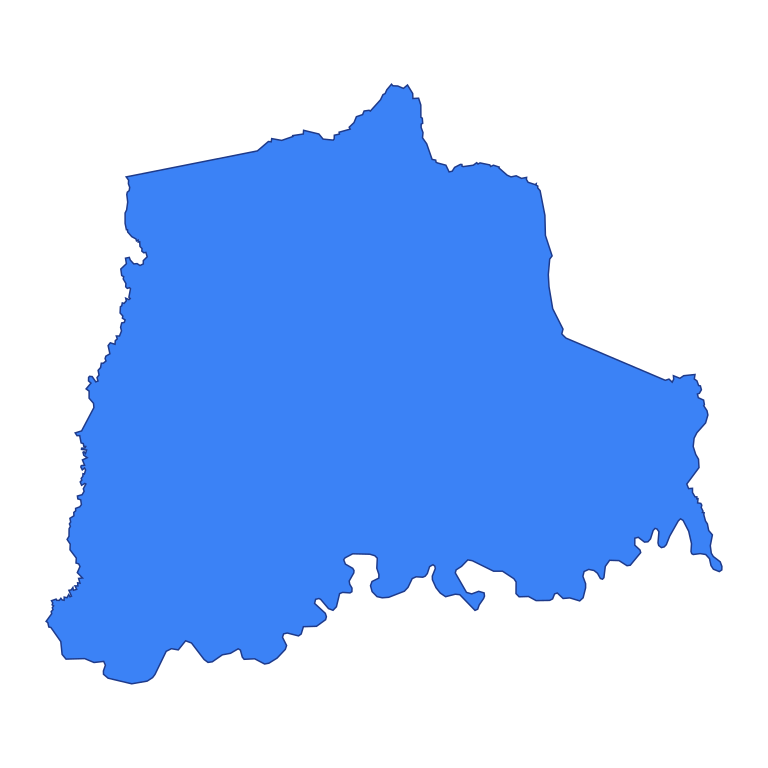 Kantharawichai, Maha Sarakham, Thailand
{"feature_id": "78962969B87727781395141", "entity_name": "Kantharawichai", "entity_type": "district", "adm_level": 2, "iso_a3": "THA", "parent_name": "Thailand", "parent_adm1": "Maha Sarakham", "projection": "natural_earth1", "projection_center": [103.249, 16.291], "detail": "fine", "context": "isolated", "style": "filled", "palette": "blue", "viewbox_px": 768, "rotation_deg": 0, "n_neighbors": 0, "source": "geoboundaries", "source_scale": "gbopen_adm2", "svg_char_len": 6007}
<svg xmlns="http://www.w3.org/2000/svg" viewBox="0 0 768 768"><path d="M120.4,306.7L120.1,313.0L122.8,316.0L122.4,318.2L125.1,319.9L124.3,322.4L121.7,322.9L120.6,327.3L121.5,330.9L119.5,336.0L116.3,336.0L117.3,338.9L115.3,340.6L115.0,344.3L110.3,342.8L108.1,345.6L109.9,353.8L105.8,356.2L105.1,358.6L106.0,361.0L103.3,363.2L101.3,363.2L100.6,367.5L98.1,370.3L99.0,375.0L97.0,377.6L98.0,381.0L95.8,381.9L92.2,376.6L89.6,376.3L88.6,377.4L88.5,380.9L91.0,383.1L86.1,388.9L89.1,391.1L89.1,398.2L93.5,403.3L93.9,407.6L81.6,430.9L75.2,432.9L77.0,435.7L79.7,435.6L81.1,442.9L83.3,443.6L83.8,446.3L85.7,446.5L85.0,447.9L81.6,448.2L81.5,449.4L86.6,450.0L85.5,453.5L84.0,451.7L83.0,452.3L83.8,455.3L87.2,457.7L82.4,459.9L84.6,465.2L81.3,465.6L80.8,467.0L82.3,469.9L84.6,468.0L85.6,470.0L84.4,474.0L83.0,473.7L82.8,476.4L81.2,478.4L81.8,480.2L80.2,481.9L81.6,485.3L84.8,483.4L85.9,484.0L83.3,488.8L84.1,491.3L82.1,494.7L77.4,496.0L77.8,498.9L80.7,499.8L81.4,504.6L79.8,506.8L75.6,508.4L75.7,510.8L73.8,512.4L73.9,515.8L69.9,518.3L70.7,522.0L69.4,523.9L70.4,526.3L69.1,528.7L69.0,536.3L67.1,539.4L70.2,544.1L70.0,549.8L76.3,558.1L76.0,563.0L78.7,563.9L80.0,566.5L77.3,572.6L82.5,578.0L78.6,578.4L80.0,583.2L77.6,582.8L77.9,585.9L75.0,585.9L76.7,589.3L73.4,590.3L72.9,587.5L71.2,589.9L68.9,590.3L71.5,596.2L70.0,596.8L68.7,594.6L67.0,597.7L64.2,597.1L64.1,600.3L62.2,600.0L60.9,598.3L59.3,600.4L56.7,600.3L56.1,599.1L51.5,600.7L52.8,603.0L52.1,604.8L53.6,605.9L52.3,607.7L53.0,609.6L51.2,611.6L51.7,613.7L46.1,621.4L47.8,622.6L48.8,627.0L50.9,627.5L60.8,641.6L62.1,654.4L66.0,659.1L84.7,658.6L94.0,662.5L103.7,661.4L105.4,665.2L103.4,671.0L103.5,674.3L108.1,678.2L131.7,683.8L147.2,681.1L152.6,677.6L155.0,674.4L166.2,651.3L171.4,648.7L178.3,649.9L185.6,640.8L191.5,643.0L204.1,659.5L208.0,662.4L212.3,661.8L222.4,654.8L230.5,653.3L238.2,648.8L240.4,650.1L242.3,657.1L244.1,659.3L254.7,658.8L264.6,664.0L268.9,663.2L277.1,658.1L285.3,649.4L286.6,645.5L282.5,637.3L283.6,633.9L287.2,633.0L298.5,635.9L301.2,634.0L303.4,626.7L316.5,626.3L325.6,619.7L326.4,616.7L325.3,613.3L314.6,603.4L315.6,599.3L319.0,598.5L320.7,599.4L328.5,608.6L333.0,610.3L336.4,606.8L339.6,593.6L342.6,592.4L350.0,592.9L351.9,591.7L352.0,588.1L349.7,584.2L349.2,581.0L353.8,572.9L354.0,570.5L352.7,568.3L345.4,564.1L343.7,559.7L345.1,557.8L352.7,553.8L369.8,554.2L374.8,555.7L377.3,558.2L376.8,568.2L378.9,574.5L378.8,578.1L372.0,581.5L370.5,585.7L372.1,591.6L377.0,596.6L382.2,597.8L388.7,597.3L404.4,591.2L408.0,587.4L412.2,578.6L416.1,576.8L422.8,577.2L425.2,576.2L427.3,573.6L429.6,566.6L433.0,564.7L434.8,566.1L435.3,568.6L432.3,576.1L432.4,579.7L436.0,587.7L440.3,593.1L445.6,596.7L455.3,594.2L459.8,594.7L475.0,610.4L477.7,609.2L479.2,604.9L483.6,598.5L484.5,596.1L484.1,592.9L478.7,591.3L471.7,593.9L466.5,592.4L455.3,572.9L456.1,569.9L461.6,566.3L467.8,559.9L472.3,560.7L493.6,571.2L502.5,571.2L513.9,578.7L516.1,582.0L516.0,593.6L519.1,596.8L528.5,596.5L536.1,600.6L549.7,600.4L552.6,598.9L554.6,593.9L557.3,593.0L563.1,598.5L569.8,597.9L579.7,600.9L583.1,597.8L585.6,587.9L585.6,583.7L582.9,576.3L584.1,571.5L588.7,569.4L594.0,570.5L597.5,573.3L600.4,578.5L602.5,579.2L603.9,577.7L605.3,566.4L609.6,560.3L619.0,560.6L627.0,565.7L630.3,565.2L640.7,552.6L640.0,550.0L634.8,545.2L634.8,538.2L638.3,537.3L644.5,542.1L647.9,541.8L650.5,538.9L653.2,530.4L655.0,528.4L657.0,529.0L658.9,531.7L658.0,542.9L658.7,545.5L661.4,547.6L664.2,546.9L666.3,544.7L669.7,536.1L678.3,520.9L680.5,518.8L683.1,520.4L688.7,531.3L691.5,543.7L691.0,551.5L691.7,553.6L693.2,554.5L700.2,553.6L705.7,554.5L709.5,558.7L711.0,565.6L713.4,569.2L719.3,571.6L721.8,569.9L721.9,566.4L720.2,561.8L713.3,556.5L711.3,553.2L710.3,545.7L712.4,534.9L708.7,530.5L707.4,523.9L705.5,521.0L703.8,514.7L704.1,512.7L702.4,512.5L703.0,511.1L701.2,507.5L701.8,505.2L700.8,503.4L697.6,502.9L698.0,498.7L696.8,498.8L696.9,496.9L695.0,496.8L692.5,492.5L692.5,488.3L688.6,488.6L686.8,484.0L699.0,467.6L698.5,459.2L695.7,454.4L693.2,446.5L694.1,438.2L696.9,432.7L705.6,422.9L707.9,415.0L707.0,410.7L703.7,405.7L704.4,404.7L703.6,400.1L698.3,397.7L697.4,394.0L699.4,393.3L701.4,389.8L700.4,385.9L698.6,385.5L696.9,380.8L694.3,379.0L695.0,374.5L683.7,375.7L679.9,378.3L673.4,375.7L673.7,379.2L672.2,382.2L669.0,379.1L665.3,380.3L566.0,338.1L562.9,335.1L561.8,333.8L563.0,329.1L552.7,308.7L549.0,286.7L548.3,274.6L549.7,259.1L552.1,255.9L545.4,235.4L544.9,215.3L540.1,190.7L537.7,187.9L537.8,186.1L536.0,185.1L536.2,183.8L535.1,184.6L528.1,182.3L526.4,179.4L526.6,177.4L521.5,178.4L516.2,175.8L511.0,176.9L507.2,175.2L499.0,168.0L499.2,167.1L493.4,165.2L490.7,166.5L489.8,164.9L480.0,162.9L478.0,164.0L476.7,162.7L473.3,165.2L463.3,166.6L462.1,166.3L461.9,164.5L460.4,164.4L454.6,167.4L452.2,171.2L449.1,171.9L445.9,165.2L437.3,162.9L436.0,162.1L435.7,160.1L432.1,159.4L426.7,143.8L422.5,137.8L423.0,132.6L421.1,127.4L421.2,124.1L422.7,123.3L422.3,118.2L420.9,117.2L420.8,105.0L418.6,98.2L412.9,98.5L412.7,93.5L407.5,85.0L403.4,88.4L397.8,86.0L392.9,85.8L391.5,84.2L386.8,89.8L385.1,93.6L383.0,94.6L380.5,99.8L370.3,111.1L369.1,110.3L364.1,111.0L362.6,114.6L356.4,116.7L354.0,122.6L349.2,127.2L350.2,129.1L339.1,132.2L339.4,134.1L334.3,135.2L334.2,138.9L333.2,140.1L323.1,139.1L318.9,134.0L303.6,130.3L303.3,134.0L292.7,135.6L292.9,136.5L281.7,140.4L271.7,138.6L271.2,141.8L268.4,141.5L257.4,150.9L126.2,176.9L128.6,180.2L128.4,183.8L129.7,187.3L129.2,190.6L127.3,192.2L126.8,194.5L127.7,202.1L126.6,210.0L125.1,213.0L125.1,223.4L126.4,229.7L127.5,229.7L127.7,232.0L131.8,236.7L135.9,238.9L136.5,240.9L138.1,240.1L138.2,242.1L139.7,241.8L140.0,246.5L142.0,248.6L141.8,251.1L143.8,252.8L145.9,252.4L147.2,256.8L143.3,260.6L143.3,263.9L140.0,265.5L137.1,263.6L133.8,263.9L130.3,260.1L129.3,257.4L125.5,258.2L126.4,263.7L120.8,269.0L121.7,275.5L123.7,276.7L123.2,278.9L125.9,283.5L125.7,286.8L127.3,288.4L129.5,287.7L130.5,288.7L128.9,297.2L130.2,298.6L128.9,299.6L125.7,298.2L126.3,300.8L124.1,303.4L122.3,302.9L121.7,305.9L120.4,306.7Z" fill="#3b82f6" stroke="#1e3a8a" stroke-width="1.5"/></svg>